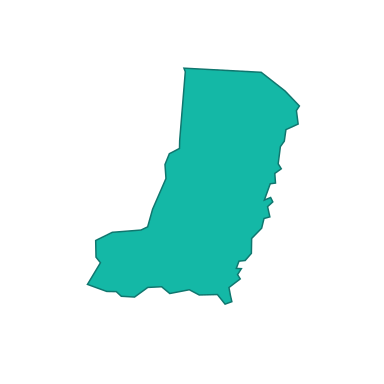 Long, Georgia, United States of America, rotated 246°
{"feature_id": "52423323B83955157156950", "entity_name": "Long", "entity_type": "district", "adm_level": 2, "iso_a3": "USA", "parent_name": "United States of America", "parent_adm1": "Georgia", "projection": "albers", "projection_center": [-81.796, 31.777], "detail": "fine", "context": "isolated", "style": "filled", "palette": "teal", "viewbox_px": 384, "rotation_deg": 246, "n_neighbors": 0, "source": "geoboundaries", "source_scale": "gbopen_adm2", "svg_char_len": 851}
<svg xmlns="http://www.w3.org/2000/svg" viewBox="0 0 384 384"><g transform="rotate(246 192 192)"><path d="M308.4,235.0L304.6,234.8L243.9,201.6L236.9,198.3L236.2,186.9L228.1,178.5L214.9,173.7L192.3,149.0L178.2,137.3L178.0,129.9L187.6,102.8L186.9,84.3L171.5,77.8L164.6,79.6L150.1,58.9L135.8,73.7L131.8,82.3L125.5,85.0L119.4,96.8L122.8,112.8L117.8,125.7L108.3,130.4L103.8,149.8L95.0,156.7L88.0,173.5L76.1,176.6L75.6,183.8L81.3,184.9L89.7,186.9L93.0,200.7L98.0,200.0L101.9,205.9L104.2,201.4L109.7,206.8L107.8,212.7L111.8,221.3L125.3,227.6L130.6,240.9L138.5,247.0L137.6,253.0L147.9,255.1L150.1,261.8L155.0,261.6L155.2,254.8L167.7,266.8L166.2,271.9L175.3,275.2L176.9,283.0L182.7,282.2L197.5,291.2L200.9,297.0L210.8,303.2L210.9,316.6L223.9,320.5L226.9,325.1L246.4,318.1L273.2,303.9L308.4,235.0Z" fill="#14b8a6" stroke="#0f766e" stroke-width="1.5"/></g></svg>